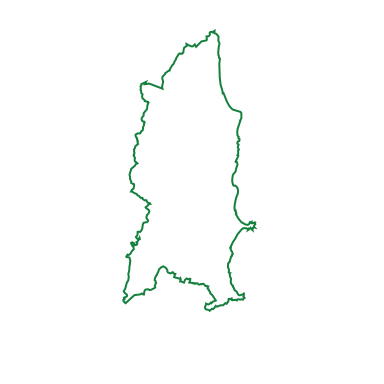 outline of Kaikoura District, Canterbury, New Zealand, rotated 318°
{"feature_id": "76426892B84594849147158", "entity_name": "Kaikoura District", "entity_type": "district", "adm_level": 2, "iso_a3": "NZL", "parent_name": "New Zealand", "parent_adm1": "Canterbury", "projection": "robinson", "projection_center": [173.63, -42.236], "detail": "fine", "context": "isolated", "style": "outline", "palette": "green", "viewbox_px": 384, "rotation_deg": 318, "n_neighbors": 0, "source": "geoboundaries", "source_scale": "gbopen_adm2", "svg_char_len": 6051}
<svg xmlns="http://www.w3.org/2000/svg" viewBox="0 0 384 384"><g transform="rotate(318 192 192)"><path d="M85.1,233.5L86.7,233.8L87.3,234.7L87.1,235.3L87.7,236.0L90.5,233.7L91.7,233.4L92.7,233.7L94.5,235.1L94.8,236.4L96.1,237.3L100.4,238.4L100.9,238.3L101.9,236.5L104.5,235.6L104.6,234.6L105.3,233.9L105.3,232.4L106.8,231.3L109.5,230.1L110.7,230.1L111.6,229.3L112.6,229.2L115.7,227.5L118.2,227.3L120.9,228.0L121.8,230.7L121.7,232.1L121.5,233.3L120.4,234.9L120.3,235.8L121.5,238.1L123.2,238.3L124.0,238.8L124.2,239.2L123.7,239.7L123.8,240.4L124.8,241.7L121.7,243.3L124.7,248.0L125.6,248.1L125.0,248.9L125.2,249.3L123.3,250.5L124.4,251.6L124.5,252.2L125.4,254.0L127.8,252.7L130.1,252.6L130.7,254.3L131.9,254.7L132.6,255.4L131.3,256.6L129.4,257.5L132.4,260.9L132.0,261.0L133.0,262.5L134.4,262.9L135.0,263.6L134.9,264.7L135.5,265.8L137.2,266.4L137.4,267.0L138.9,267.7L139.2,268.4L139.1,270.8L139.6,271.6L140.3,271.8L140.4,272.8L140.8,273.1L139.2,273.9L138.9,274.7L139.3,275.7L138.6,276.4L138.6,278.6L137.7,279.5L138.1,282.3L137.1,288.6L133.6,287.3L132.0,287.7L131.7,286.8L129.9,286.9L128.9,286.5L127.8,284.5L127.5,285.0L126.0,285.4L124.1,286.7L123.8,288.3L124.0,288.9L125.0,290.0L125.9,291.8L125.8,292.1L128.7,292.1L129.2,293.0L130.6,293.2L133.5,292.5L133.8,293.9L137.6,295.4L139.3,297.0L142.5,296.9L142.9,297.6L142.8,298.1L143.1,298.2L145.1,297.7L145.9,298.2L145.6,297.8L147.7,296.0L149.3,297.4L150.1,297.6L149.2,298.7L149.7,299.6L150.3,299.6L151.1,300.6L152.0,301.0L152.8,302.6L153.7,302.2L154.7,302.7L155.7,304.2L156.8,304.7L157.8,306.1L158.8,305.7L160.1,306.0L160.4,305.2L160.1,304.2L162.3,302.8L162.5,302.2L161.4,302.4L160.8,301.7L159.0,301.1L158.0,300.3L157.7,299.1L158.5,295.8L158.0,293.5L158.1,292.6L158.8,291.9L158.9,290.2L159.7,289.1L159.4,288.1L160.0,285.5L160.8,284.8L161.1,284.1L162.9,282.8L163.2,282.0L163.1,281.7L164.4,279.1L165.1,278.2L166.0,277.9L165.5,277.4L165.6,276.1L166.8,275.3L167.7,274.0L168.4,271.9L171.0,269.3L171.6,269.3L172.5,268.9L173.5,269.0L175.7,267.4L176.4,267.2L177.2,266.4L179.1,266.2L179.3,265.5L180.9,265.3L181.2,264.3L181.8,263.4L181.9,261.8L182.5,260.3L184.4,258.7L184.1,258.6L189.2,256.5L192.6,255.7L197.5,253.9L203.8,253.0L205.8,253.2L207.0,254.0L207.6,255.1L208.4,255.7L208.5,256.9L208.9,257.6L208.4,257.8L208.9,257.9L210.0,257.3L210.3,257.9L211.5,257.7L211.6,258.9L212.1,259.2L211.4,259.8L211.5,260.8L211.9,260.2L212.6,260.0L212.9,259.4L214.3,259.5L214.8,260.3L214.8,259.1L216.8,258.2L217.3,258.3L217.7,257.4L218.5,257.1L218.4,256.6L215.8,255.6L215.4,255.0L216.1,254.3L215.5,254.3L215.5,253.8L214.6,253.8L214.6,253.3L212.8,254.1L211.4,253.7L209.6,251.3L209.5,250.0L208.9,249.0L208.5,246.4L208.8,242.2L209.8,237.8L210.2,237.3L210.6,237.5L212.0,234.8L211.5,234.6L211.6,234.2L213.1,232.0L215.6,229.7L220.5,226.1L225.3,223.6L227.5,221.4L228.6,219.0L228.6,217.7L228.4,216.1L227.2,215.2L227.2,214.5L228.8,211.3L230.4,209.5L233.5,206.9L235.1,206.3L237.4,206.1L238.8,205.5L240.0,204.4L244.2,202.0L245.4,199.9L244.7,199.1L244.7,198.6L250.7,196.1L250.9,195.2L250.7,195.0L252.1,194.4L254.1,191.9L255.2,191.9L255.4,190.7L256.3,189.0L258.3,188.0L258.1,186.7L258.3,186.0L259.9,185.2L261.3,185.7L262.8,184.4L262.4,183.3L262.8,182.6L263.6,182.2L263.6,180.5L265.9,177.5L268.2,175.6L275.6,171.4L275.5,171.2L278.4,169.9L281.5,166.3L281.6,164.9L277.4,157.9L277.2,155.1L277.4,152.4L278.5,148.0L281.6,139.6L280.8,139.3L281.0,138.8L281.4,138.6L282.6,136.6L285.0,131.5L289.2,125.5L298.1,115.0L302.0,111.6L301.8,110.6L302.0,110.1L303.1,108.8L303.2,108.0L304.7,106.0L309.6,101.5L311.2,100.6L312.0,99.6L312.7,97.4L315.7,94.2L315.9,90.8L314.9,88.9L316.6,87.3L314.1,87.0L314.2,86.5L312.6,85.4L311.7,85.5L310.7,86.9L309.7,87.4L308.7,87.4L306.9,86.1L305.0,88.7L304.2,89.0L299.7,86.4L292.2,86.9L292.8,84.2L290.2,84.4L288.9,83.2L287.5,80.2L287.0,78.3L285.8,79.9L282.8,79.5L280.4,81.1L279.0,82.5L277.2,82.6L277.2,82.2L275.9,81.6L275.4,80.7L274.5,80.6L269.4,82.1L269.0,82.6L266.0,83.5L263.8,84.6L262.5,84.5L258.7,85.6L256.6,86.8L256.1,86.3L251.7,85.8L251.3,86.2L247.0,86.7L245.8,87.8L244.3,90.8L240.2,93.7L239.2,95.5L232.8,82.9L229.1,80.3L231.4,79.4L226.4,77.9L225.6,78.8L224.3,79.2L223.6,80.5L222.0,81.8L221.9,82.7L220.5,84.6L220.6,86.3L218.8,87.6L217.9,89.3L218.3,91.8L217.7,92.8L219.2,94.9L219.0,95.6L219.7,95.9L219.6,96.4L217.1,97.6L214.0,100.3L208.8,101.1L207.1,102.9L205.1,103.1L203.5,103.8L202.6,105.3L202.8,106.8L203.5,107.6L203.4,108.6L202.1,109.0L201.8,109.7L198.4,111.5L198.0,112.3L196.4,113.2L194.6,112.9L193.6,113.6L192.5,113.7L190.9,112.1L188.4,111.6L187.6,112.7L187.1,114.0L187.3,114.6L186.6,115.6L186.7,116.1L185.8,117.0L185.8,118.0L184.7,118.6L184.1,120.2L180.6,120.1L178.6,121.3L177.5,121.4L176.7,122.7L176.1,123.0L175.4,124.5L173.9,125.2L173.8,125.7L173.0,125.9L172.4,128.6L170.8,129.7L170.0,131.2L170.5,132.6L170.6,134.2L168.8,133.7L166.9,134.3L162.4,134.1L157.2,137.3L155.8,139.7L154.8,140.6L153.6,143.9L152.9,144.5L153.3,146.1L154.1,147.0L153.6,148.3L150.8,150.4L148.8,150.1L147.0,150.9L148.0,151.9L148.1,153.4L149.5,156.4L149.3,158.0L149.9,159.4L150.0,162.2L151.2,163.1L150.7,164.0L151.2,166.5L152.6,167.6L151.9,169.8L152.2,171.0L153.1,171.9L153.0,172.9L151.8,172.1L150.0,172.5L147.3,172.3L147.1,172.9L147.8,176.4L147.4,177.9L145.2,178.9L143.2,179.0L141.4,180.1L140.7,181.0L140.4,183.6L139.6,184.3L138.3,184.2L135.5,182.5L134.0,183.0L130.3,186.1L128.5,186.7L126.7,187.0L125.7,185.6L124.7,185.3L123.7,186.7L122.3,187.6L120.2,187.9L120.0,190.0L120.5,190.9L121.2,191.2L122.4,190.8L121.7,192.1L120.2,191.7L118.3,192.4L117.1,192.1L116.8,193.8L115.4,194.2L114.6,193.4L113.5,193.1L113.5,192.6L114.4,191.9L114.6,191.2L113.9,189.4L112.7,189.1L112.1,189.8L112.3,190.9L111.6,192.0L111.7,193.6L110.4,195.6L108.0,195.7L104.5,196.8L102.5,196.2L102.1,195.4L100.0,196.0L99.8,196.6L101.4,198.3L101.6,198.9L100.0,202.1L98.7,202.8L97.9,204.0L96.4,204.9L92.5,208.6L89.9,210.2L88.4,212.6L85.4,215.1L83.0,215.7L77.5,219.3L74.9,220.0L74.5,221.9L74.9,224.7L74.5,225.5L73.7,226.0L70.6,225.0L70.4,225.3L70.5,226.1L70.3,226.5L68.8,226.2L68.0,227.4L68.4,229.7L67.4,230.2L80.2,230.1L85.1,233.5Z" fill="none" stroke="#15803d" stroke-width="2"/></g></svg>